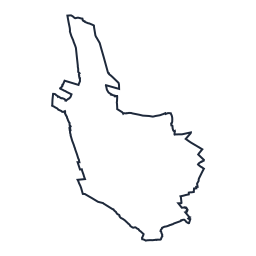 the district of Miroslava, Iasi, Romania
{"feature_id": "2599482B99405455155139", "entity_name": "Miroslava", "entity_type": "district", "adm_level": 2, "iso_a3": "ROU", "parent_name": "Romania", "parent_adm1": "Iasi", "projection": "natural_earth1", "projection_center": [27.489, 47.15], "detail": "fine", "context": "isolated", "style": "outline", "palette": "slate", "viewbox_px": 256, "rotation_deg": 0, "n_neighbors": 0, "source": "geoboundaries", "source_scale": "gbopen_adm2", "svg_char_len": 5666}
<svg xmlns="http://www.w3.org/2000/svg" viewBox="0 0 256 256"><path d="M81.1,187.9L82.8,193.9L84.8,194.0L89.8,196.9L91.9,198.1L98.0,201.8L103.1,203.1L103.6,203.6L112.3,209.0L112.9,209.3L113.4,209.3L113.5,209.5L114.1,210.4L115.8,211.9L116.0,212.0L116.5,213.0L117.1,213.8L117.6,214.2L118.5,214.6L119.2,215.0L119.4,215.3L119.5,215.5L119.5,216.2L119.5,216.4L120.5,217.6L120.8,217.9L122.8,218.9L124.8,220.3L126.9,222.3L127.5,222.8L128.3,223.7L128.8,224.0L129.3,224.4L129.8,225.0L130.2,225.8L130.6,226.2L132.4,227.4L133.2,227.7L135.1,227.3L135.3,227.3L135.9,227.6L137.3,228.7L138.4,229.1L138.8,229.6L139.1,230.2L139.5,230.6L140.8,231.5L141.6,232.3L143.6,234.1L143.5,234.6L142.4,237.2L142.0,237.8L142.1,238.5L142.1,238.8L142.2,239.2L142.3,239.2L143.3,239.4L144.7,240.0L145.8,240.6L146.1,240.5L147.3,240.3L149.0,240.2L150.0,240.1L152.5,240.2L155.8,239.8L156.1,239.9L156.2,239.7L157.2,239.8L157.7,239.6L158.5,239.7L159.8,239.7L160.4,239.6L160.8,239.4L161.2,238.5L161.5,237.4L162.3,236.4L162.2,236.0L162.1,235.6L162.3,234.9L161.5,233.1L161.4,232.6L161.1,231.5L160.5,231.1L160.9,229.8L161.5,229.1L162.1,228.3L162.1,227.8L164.5,226.7L165.0,226.6L165.4,226.6L166.8,226.3L169.1,225.5L169.3,225.2L171.1,224.8L171.4,224.5L172.6,224.3L173.7,223.6L174.4,223.3L179.8,221.4L181.2,220.7L181.1,220.4L181.2,220.2L181.7,220.2L183.0,219.8L184.1,219.7L185.4,220.6L185.6,220.9L185.9,221.4L186.3,221.9L187.2,222.5L188.5,223.2L189.0,223.1L190.3,219.1L189.9,218.8L189.4,218.6L189.0,218.6L188.5,218.8L188.2,218.5L188.8,218.0L189.3,217.8L189.2,217.6L189.7,217.2L189.2,217.0L185.3,212.3L186.7,211.9L187.0,211.6L186.5,210.7L186.7,210.3L187.5,210.1L187.6,209.9L186.3,207.7L185.4,208.0L185.1,207.3L184.9,207.2L184.0,207.5L181.8,207.7L178.3,203.3L180.6,203.2L181.2,203.2L181.4,203.1L181.5,202.9L180.9,197.4L180.9,197.2L180.5,196.3L183.7,195.6L185.8,195.0L187.3,194.7L188.0,194.5L188.4,194.5L188.8,194.4L188.8,192.6L190.5,192.3L191.6,192.3L193.8,192.0L193.9,191.9L193.8,191.3L194.0,188.9L194.3,188.9L194.3,188.4L196.3,188.3L196.2,186.9L197.6,186.9L197.5,186.0L197.1,184.1L197.1,183.6L198.6,180.9L198.7,179.3L199.0,178.4L202.3,171.7L203.9,168.7L203.0,168.2L202.8,167.9L201.4,167.0L200.7,166.7L198.2,164.7L198.0,164.4L199.0,163.2L201.4,161.6L201.6,161.8L203.3,160.8L203.7,160.7L203.9,159.9L200.1,156.3L198.2,154.5L199.0,153.3L202.3,149.3L191.0,142.6L188.9,141.2L185.7,138.9L190.6,133.3L190.7,133.0L190.9,132.6L190.9,132.4L182.1,134.3L175.7,134.4L174.6,134.6L174.5,134.4L174.6,132.1L174.7,131.9L174.9,131.6L174.8,130.9L174.6,131.0L173.6,130.9L173.1,130.1L172.5,127.8L172.6,127.2L172.4,126.0L172.3,125.9L172.3,125.7L172.1,125.6L171.8,125.4L171.4,125.4L171.3,125.0L171.2,123.7L171.4,123.7L171.5,123.3L171.7,123.1L171.9,122.9L171.9,122.6L172.2,121.8L172.3,119.1L172.2,117.6L171.9,116.1L171.3,114.5L171.0,114.1L170.8,113.3L168.9,113.1L168.0,113.1L165.6,114.0L165.3,113.2L162.7,114.3L162.2,114.4L160.7,115.0L159.6,115.3L155.5,116.0L153.6,116.5L152.6,116.6L149.1,116.0L142.8,115.6L139.5,114.8L132.4,113.4L131.2,113.0L129.0,112.9L127.4,113.2L126.8,113.1L126.2,113.4L123.9,113.2L123.5,113.4L123.2,113.7L122.9,113.1L122.2,112.2L117.2,109.1L117.2,107.5L117.0,103.8L116.8,102.5L117.0,101.2L117.1,99.1L117.2,96.9L117.1,96.0L115.6,96.0L115.1,96.1L115.1,96.3L114.9,96.3L114.9,96.0L114.6,95.9L114.6,95.6L111.2,94.7L111.4,94.3L109.8,93.4L108.7,92.6L108.4,92.3L106.9,89.7L106.2,86.5L106.1,85.8L105.9,85.6L106.0,85.2L119.1,88.9L119.0,84.8L118.6,83.0L118.5,82.8L112.6,77.1L110.7,75.4L109.2,74.3L109.0,73.5L108.7,73.6L108.3,73.2L107.8,72.0L103.7,57.1L101.0,47.7L99.9,43.7L99.6,42.8L99.0,41.8L96.5,37.5L96.1,37.0L95.4,35.4L94.1,27.6L93.9,25.5L92.5,24.8L89.2,23.4L88.3,23.3L85.4,22.1L84.9,21.9L84.6,21.2L83.6,21.1L82.8,20.4L82.7,20.1L82.7,19.5L82.4,18.6L81.8,18.6L78.3,17.7L77.6,17.7L75.2,18.2L74.4,17.8L73.1,16.6L72.2,16.0L71.1,15.4L70.4,15.4L67.4,15.6L68.5,21.8L69.7,27.7L69.9,29.1L69.9,29.7L70.0,30.3L69.9,31.5L71.4,36.2L73.2,40.3L73.7,42.0L75.1,45.5L75.9,47.9L76.1,49.8L76.9,57.4L77.8,65.6L77.8,66.8L78.2,68.9L78.2,71.9L78.4,72.2L78.7,72.4L79.6,73.3L78.9,74.2L78.9,75.0L79.1,75.6L79.3,75.9L79.1,76.4L79.5,78.1L80.0,78.2L79.9,80.0L80.0,81.1L78.9,83.7L78.5,84.9L64.6,80.7L63.0,84.5L62.5,84.6L62.3,84.9L62.2,85.3L62.4,85.6L62.4,85.8L62.3,86.3L61.7,86.8L61.1,87.5L60.1,88.3L60.2,88.6L60.5,88.8L62.7,89.8L64.0,90.6L65.4,91.1L66.6,91.9L71.5,94.3L70.6,96.8L69.9,97.7L68.8,98.7L68.5,98.7L68.2,98.9L67.4,99.6L66.8,99.9L66.3,100.3L66.1,100.7L65.6,100.6L65.7,100.3L65.4,100.2L64.8,99.3L64.5,99.1L63.7,98.7L61.9,98.1L61.3,98.3L60.6,97.9L58.7,96.6L58.4,96.6L58.0,96.8L57.8,96.2L56.1,95.1L55.6,94.5L55.2,94.2L54.0,93.9L53.1,93.9L52.5,99.5L52.3,103.9L52.4,104.1L52.1,105.7L54.2,106.7L55.2,107.4L57.0,108.3L57.9,109.1L58.1,109.5L58.4,109.7L61.3,111.0L61.7,111.3L62.1,111.8L62.3,111.9L62.6,111.9L63.4,111.8L64.0,111.6L65.0,111.1L65.1,111.3L65.1,111.5L65.0,111.8L65.1,112.3L64.9,112.5L64.8,112.8L65.0,113.1L65.0,113.4L65.2,113.6L65.2,113.8L65.4,114.0L65.5,114.4L65.8,114.8L65.8,115.1L66.1,115.4L66.1,115.7L66.8,116.5L66.9,116.9L67.0,117.7L67.2,118.2L67.4,118.4L68.0,120.2L69.0,122.3L69.3,122.7L69.5,122.8L69.6,123.6L69.5,123.8L69.7,125.5L70.2,125.7L70.2,126.0L70.5,126.3L70.1,126.6L69.9,127.1L69.9,127.4L70.2,127.6L70.2,128.0L69.9,127.9L69.7,127.9L69.9,128.4L69.8,128.6L69.6,128.8L69.8,129.0L70.0,129.3L69.8,129.8L69.7,129.9L69.7,130.2L70.0,130.8L70.2,130.7L70.3,130.7L70.0,131.3L70.1,132.9L70.5,134.2L70.7,135.2L70.6,135.5L70.9,136.4L72.2,140.8L73.7,144.7L74.6,147.5L75.0,148.3L75.1,149.0L75.4,149.9L75.5,150.2L77.0,154.4L78.2,158.3L78.8,159.5L79.4,162.2L77.6,162.2L80.0,169.5L81.8,169.3L82.2,171.0L83.6,174.9L84.0,176.4L85.0,179.1L77.6,179.8L78.5,181.6L78.9,182.9L80.3,185.8L81.1,187.9Z" fill="none" stroke="#1e293b" stroke-width="2"/></svg>